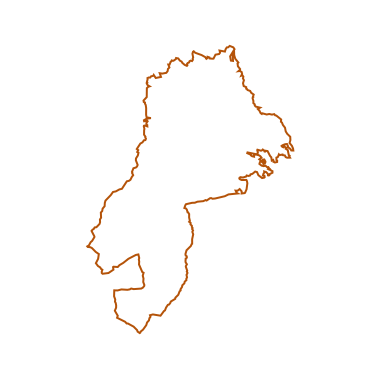 the district of Sangeorz-Bai, Bistrita-Nasaud, Romania, rotated 199°
{"feature_id": "2599482B94915018656895", "entity_name": "Sangeorz-Bai", "entity_type": "district", "adm_level": 2, "iso_a3": "ROU", "parent_name": "Romania", "parent_adm1": "Bistrita-Nasaud", "projection": "robinson", "projection_center": [24.648, 47.428], "detail": "fine", "context": "isolated", "style": "outline", "palette": "amber", "viewbox_px": 384, "rotation_deg": 199, "n_neighbors": 0, "source": "geoboundaries", "source_scale": "gbopen_adm2", "svg_char_len": 6082}
<svg xmlns="http://www.w3.org/2000/svg" viewBox="0 0 384 384"><g transform="rotate(199 192 192)"><path d="M248.5,313.8L250.6,313.5L250.4,312.7L251.8,310.6L252.7,309.8L254.0,309.8L254.2,308.5L254.6,308.1L254.7,305.2L255.9,304.8L253.9,302.4L254.8,300.5L254.4,298.4L255.1,296.3L258.6,294.3L261.2,293.8L258.8,290.7L263.4,288.0L266.3,290.2L266.4,289.3L268.4,288.0L268.8,286.6L270.3,286.1L271.2,285.2L270.7,284.3L270.4,280.7L269.8,280.6L270.0,279.7L268.6,278.5L266.5,278.1L267.6,277.3L268.5,275.5L265.7,267.0L267.6,262.7L266.9,261.4L265.6,261.3L265.3,260.3L264.1,259.2L262.7,256.5L260.5,250.0L259.2,247.8L254.9,248.5L258.8,246.5L260.8,244.2L260.3,243.3L257.5,244.8L257.1,244.5L257.5,244.0L257.2,243.7L257.6,242.4L256.9,240.6L256.1,240.7L255.6,239.5L258.2,239.5L259.0,239.0L259.0,238.5L257.5,236.1L257.4,234.9L256.0,230.6L254.0,229.1L253.9,228.3L252.9,227.4L253.0,225.9L254.3,225.2L255.0,222.8L256.6,221.0L258.2,214.7L256.5,214.1L256.8,212.0L255.4,211.7L255.1,208.9L255.9,205.5L255.4,203.7L252.2,199.9L252.3,198.2L253.0,196.9L255.1,195.4L255.3,191.5L254.8,191.1L254.8,190.4L253.1,188.8L253.8,186.6L254.2,183.5L255.3,182.0L257.1,180.9L259.3,172.2L261.5,170.8L264.2,167.8L266.7,166.3L267.8,162.6L271.0,155.7L270.9,153.4L270.0,150.1L271.1,147.2L270.7,144.7L271.5,142.9L269.6,138.1L270.1,136.0L269.1,133.6L269.0,131.7L270.9,127.6L272.5,126.8L272.9,125.0L273.8,124.0L274.3,122.5L269.8,118.2L269.6,117.6L270.5,113.3L271.5,111.5L272.1,107.9L273.3,106.5L272.7,106.1L270.1,106.7L268.3,106.4L263.5,104.0L259.9,103.0L259.0,98.2L259.7,93.4L256.8,91.4L254.2,90.8L253.0,89.7L251.4,89.3L251.4,87.2L250.9,86.0L249.9,85.6L244.6,88.2L241.0,93.0L242.2,95.3L241.9,95.8L237.8,96.9L236.8,99.2L233.9,102.6L230.4,108.1L224.6,114.2L222.4,115.5L220.4,112.4L220.3,110.9L219.3,109.1L218.5,106.2L212.9,100.1L211.5,99.9L211.3,96.8L209.7,94.4L208.8,91.0L206.8,88.6L206.6,87.6L207.3,85.6L208.5,84.2L215.5,81.2L218.1,80.9L219.1,79.7L221.2,78.5L227.0,76.9L230.3,74.7L233.5,73.7L231.7,68.0L229.6,65.4L229.1,63.2L228.0,62.2L226.8,60.1L226.1,57.9L226.3,54.6L221.9,50.8L221.9,48.7L212.9,47.5L211.0,46.4L209.8,46.8L203.4,45.7L198.9,43.5L198.0,42.3L195.5,41.6L195.1,42.2L195.1,43.3L193.5,45.9L191.9,51.2L192.0,54.0L190.9,56.6L191.2,58.9L190.7,59.9L190.7,60.6L191.6,61.8L189.1,63.5L181.5,64.8L179.8,70.2L179.0,71.3L178.9,74.2L178.1,77.4L177.0,78.2L176.4,80.1L176.4,81.5L173.1,85.5L173.3,86.7L171.5,90.3L171.4,94.0L170.7,95.2L171.2,96.2L170.5,99.0L170.8,100.6L169.5,103.1L169.7,104.9L168.6,106.8L169.1,107.9L168.9,109.7L170.2,111.8L169.9,114.0L171.0,115.0L170.9,116.0L173.4,119.2L173.7,119.8L173.3,122.0L175.1,123.4L175.6,124.4L176.3,127.0L175.7,127.5L175.6,128.7L176.2,129.6L177.3,129.9L178.0,131.2L178.2,135.1L175.5,140.6L175.4,142.5L175.0,143.1L176.5,147.4L177.1,152.4L178.7,154.4L178.5,156.0L179.9,157.1L179.7,158.1L180.8,158.9L181.1,160.0L182.9,160.9L183.2,162.3L185.0,162.9L184.6,164.0L186.4,166.9L187.5,170.2L189.1,171.5L189.6,171.4L191.1,173.6L192.2,174.4L194.0,174.4L194.0,177.3L193.7,178.5L188.4,181.8L185.8,182.8L183.7,184.6L178.4,187.0L176.5,188.8L175.4,188.7L172.9,192.0L171.8,192.5L170.4,192.3L168.0,193.4L159.6,198.7L156.7,201.6L148.3,205.5L149.4,205.7L151.2,207.5L149.4,208.0L147.9,210.3L145.3,208.8L144.5,206.8L141.9,208.1L141.6,208.5L141.3,212.3L142.5,218.3L143.6,220.2L144.5,221.1L149.0,219.5L151.0,219.7L151.6,220.1L151.7,221.0L151.0,221.8L148.5,222.3L145.8,224.3L145.7,225.4L143.7,225.6L142.4,226.6L142.4,227.8L140.8,228.8L138.9,231.9L137.0,232.0L134.7,229.5L130.3,228.0L128.4,229.1L128.1,229.7L128.8,230.9L130.3,230.7L130.4,232.7L129.9,233.9L130.4,234.9L128.4,235.0L126.0,233.7L125.6,232.5L124.8,232.6L124.3,233.1L124.3,234.3L122.2,236.4L122.7,237.9L124.4,238.1L125.5,238.9L126.0,238.3L127.6,238.5L127.2,239.8L128.0,240.4L129.0,239.9L131.1,240.8L132.6,239.8L134.8,239.6L137.4,240.5L137.5,242.4L137.2,243.1L136.4,243.4L134.2,242.6L133.5,241.7L132.4,242.8L132.3,243.5L133.1,243.7L132.6,244.8L134.8,246.8L133.9,244.8L134.6,244.7L135.3,245.8L135.7,245.6L135.4,244.0L135.8,243.7L139.0,244.8L137.5,247.1L139.0,248.1L140.6,248.5L143.7,248.3L145.4,247.2L144.8,245.6L146.7,245.4L148.2,245.8L148.4,246.4L152.4,246.7L152.4,247.5L142.4,248.8L142.0,249.0L142.7,249.6L142.6,250.8L143.8,252.6L143.3,252.8L143.5,253.3L140.2,253.5L139.2,254.4L138.9,255.2L137.6,254.8L136.6,253.9L136.0,254.1L136.2,254.9L133.9,255.3L129.9,251.5L128.3,250.6L126.8,247.7L125.7,248.8L124.6,247.5L124.7,247.1L123.2,246.9L121.3,248.1L121.7,249.4L122.5,249.6L123.4,252.0L122.2,253.1L122.1,255.9L121.2,255.4L118.6,256.9L118.3,256.4L116.1,256.8L114.8,255.5L113.2,255.4L110.5,256.4L111.8,257.6L111.6,258.1L112.6,258.5L115.1,262.8L117.4,263.4L116.9,264.5L119.9,265.1L120.2,264.0L121.3,264.1L122.3,264.7L122.0,265.2L120.3,266.2L120.7,266.5L119.5,267.5L117.8,268.3L116.2,266.6L115.9,265.7L113.0,264.7L111.6,263.6L109.7,264.2L110.6,266.0L112.6,268.2L115.7,270.1L115.9,273.2L117.1,276.2L120.9,278.0L123.1,279.8L125.0,283.1L127.9,285.0L129.5,286.9L130.8,287.4L131.3,289.6L137.1,291.7L138.4,291.6L139.6,292.4L141.6,291.2L144.4,290.9L146.6,289.6L151.2,289.3L151.4,288.5L152.8,288.9L154.8,290.9L156.8,291.9L155.1,293.9L159.6,293.5L160.8,294.2L161.2,295.3L162.9,296.0L163.6,298.1L165.2,300.3L165.4,301.3L165.0,301.8L165.4,302.3L165.4,304.2L168.4,305.1L169.9,306.5L172.7,306.5L173.4,307.2L174.4,307.3L174.9,308.8L177.6,309.0L179.2,311.5L179.3,314.6L180.8,316.0L181.0,317.8L182.4,318.8L183.3,318.0L183.1,320.0L184.1,321.6L185.5,321.8L185.8,322.2L187.4,321.4L186.4,323.2L186.5,323.9L189.5,325.8L190.8,328.4L190.3,329.5L194.5,332.1L196.7,335.2L197.8,338.1L198.5,335.8L195.9,329.3L198.0,328.9L200.1,332.7L198.3,340.9L200.0,342.2L203.9,342.4L204.9,340.6L206.2,340.0L206.7,337.9L206.6,335.5L212.0,334.7L210.8,332.9L211.3,331.3L214.5,329.5L215.1,325.1L216.0,324.7L218.8,324.0L219.3,324.9L221.0,324.9L220.7,324.3L221.5,322.9L222.0,323.4L222.4,323.1L222.6,323.7L227.5,324.6L234.3,324.7L236.2,325.6L236.7,324.9L236.6,322.9L234.7,319.6L234.8,318.4L234.2,317.3L234.6,315.8L236.0,315.8L236.9,314.9L236.9,313.6L238.1,312.5L238.4,311.5L237.6,310.4L237.9,309.6L240.3,309.8L243.3,311.0L244.2,311.9L246.3,312.3L248.5,313.8Z" fill="none" stroke="#b45309" stroke-width="2"/></g></svg>